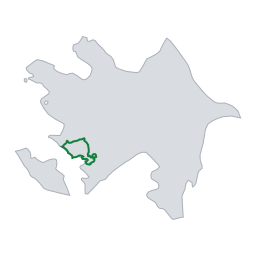 location of Lachin District, Laçın, Azerbaijan
{"feature_id": "54616110B46945931752574", "entity_name": "Lachin District", "entity_type": "district", "adm_level": 2, "iso_a3": "AZE", "parent_name": "Azerbaijan", "parent_adm1": "Laçın", "projection": "orthographic", "projection_center": [46.409, 39.71], "detail": "fine", "context": "in_parent", "style": "outline", "palette": "green", "viewbox_px": 256, "rotation_deg": 0, "n_neighbors": 0, "source": "geoboundaries", "source_scale": "gbopen_adm2", "svg_char_len": 5783}
<svg xmlns="http://www.w3.org/2000/svg" viewBox="0 0 256 256"><path d="M183.2,217.2L182.1,217.1L173.7,219.4L171.9,218.7L164.5,209.7L163.0,208.7L159.8,208.4L158.0,206.9L156.4,204.4L155.6,202.6L148.0,197.8L146.9,196.0L146.7,194.4L147.8,192.9L149.0,191.6L152.6,190.3L156.8,189.2L158.2,188.4L158.8,187.0L158.8,184.9L158.0,182.8L151.9,179.1L151.2,177.5L150.9,175.5L151.3,173.4L152.2,171.7L157.1,169.4L159.6,167.0L157.9,164.4L152.5,158.6L146.1,152.3L141.9,152.3L137.1,154.3L129.4,159.9L125.2,162.3L119.6,166.3L113.6,170.7L108.6,175.4L105.5,179.3L99.9,181.0L97.1,184.2L87.8,193.9L85.2,193.8L85.0,189.0L85.1,185.2L84.5,183.0L81.5,180.0L81.5,178.7L82.3,177.9L84.6,178.4L87.6,178.2L89.0,177.1L85.8,173.1L83.0,170.5L80.6,168.7L80.0,167.6L80.0,166.9L80.5,166.0L84.6,163.8L85.0,161.8L84.8,159.6L78.3,156.3L73.4,157.5L69.1,153.8L66.3,151.0L62.8,147.9L59.7,146.2L56.8,142.4L51.7,138.4L48.4,137.2L48.4,136.6L49.0,135.9L50.4,135.3L59.6,135.5L60.7,134.8L61.3,133.1L62.6,130.6L64.1,126.9L64.0,123.8L54.8,118.8L48.2,114.1L43.6,108.0L40.6,102.4L40.7,100.5L41.6,98.7L48.8,93.7L49.2,92.4L49.1,91.4L46.6,88.8L43.5,86.1L42.5,84.1L40.5,83.0L36.7,82.9L30.1,79.5L28.7,79.2L28.4,78.5L28.7,77.8L33.5,76.6L33.4,75.4L32.0,74.0L29.4,72.9L26.9,70.2L26.1,67.8L34.8,61.0L37.3,59.6L42.9,60.9L54.4,65.7L53.6,68.2L54.8,69.7L57.4,71.6L62.5,73.7L66.8,74.7L69.0,73.8L72.4,73.1L76.7,75.4L80.7,78.3L82.7,79.5L83.8,79.8L86.8,78.9L90.4,75.1L91.8,70.6L92.2,68.4L90.1,65.4L85.8,62.2L80.9,59.3L77.7,56.8L75.7,51.8L73.7,51.3L73.2,50.6L72.9,48.9L73.0,46.6L73.7,44.7L75.6,44.0L77.6,43.7L79.4,41.9L81.7,38.5L82.6,36.6L86.9,37.7L87.4,40.8L88.2,41.4L89.9,41.1L92.9,39.8L95.2,40.7L98.2,44.4L102.3,48.2L104.6,50.8L105.5,52.5L107.6,54.2L110.7,56.3L113.2,59.4L115.5,66.8L117.8,68.5L125.8,71.2L128.7,71.7L136.6,72.6L139.3,71.9L143.3,65.4L146.8,58.8L150.2,57.4L156.3,54.1L159.9,51.0L161.3,47.7L164.6,41.5L166.7,38.1L170.4,41.0L176.8,49.1L186.2,62.3L188.5,66.1L190.1,70.4L191.5,75.7L193.7,80.4L203.2,92.0L207.4,96.3L214.0,101.7L216.4,102.9L219.4,103.2L225.0,103.0L230.2,105.0L232.8,106.4L235.5,108.6L238.0,111.1L240.6,118.0L231.6,116.0L222.6,116.8L217.6,118.5L212.8,120.7L208.1,123.8L205.4,129.5L203.3,142.6L200.0,154.9L200.3,160.5L202.1,165.9L202.0,168.5L200.4,169.6L198.3,172.0L195.9,183.2L194.5,185.5L192.7,187.0L192.2,185.6L192.2,182.7L188.2,180.2L186.1,183.2L184.8,189.4L182.1,196.0L182.0,197.2L183.2,217.2ZM47.6,103.6L48.0,101.8L46.9,101.1L45.7,101.0L44.7,101.9L44.6,104.0L46.1,104.4L47.6,103.6ZM17.3,154.0L16.0,152.2L15.4,151.2L19.4,150.4L26.1,148.1L27.9,149.3L29.8,151.8L30.7,153.9L30.8,157.8L31.6,158.5L34.9,157.2L36.3,158.8L38.8,160.7L43.1,162.6L49.4,159.7L52.5,159.0L55.1,159.1L56.5,160.0L56.9,163.1L56.4,166.8L55.7,168.8L57.0,170.3L62.1,173.9L64.2,176.0L63.2,179.4L67.0,187.9L68.2,191.2L69.7,195.3L61.9,193.6L47.7,190.1L43.8,188.3L40.1,183.6L38.0,181.3L34.8,178.3L32.1,177.1L30.1,175.1L29.0,172.1L27.4,169.3L24.5,166.1L18.1,155.2L17.3,154.0ZM26.8,81.7L25.9,82.3L24.6,81.6L24.2,80.3L24.4,78.9L25.7,78.6L26.7,79.0L27.0,80.3L26.8,81.7Z" fill="#d9dde1" stroke="#a8b0b8" stroke-width="1"/><path d="M62.3,146.8L62.9,147.3L64.0,147.5L64.6,148.2L65.4,148.7L66.1,149.3L66.9,150.1L67.2,150.7L67.8,151.4L68.0,152.0L68.0,152.7L68.3,153.2L68.7,153.2L69.3,153.4L69.9,153.8L70.4,154.4L71.1,154.9L71.7,155.2L72.0,155.8L72.2,156.1L72.2,156.3L72.3,156.9L72.3,157.4L72.4,158.0L72.8,157.9L73.1,157.5L73.3,157.2L73.8,157.2L74.4,157.2L75.0,157.2L75.7,157.2L76.3,157.0L76.9,156.7L77.4,156.5L77.8,156.3L78.2,156.0L78.8,155.7L79.2,155.5L79.9,155.5L80.5,155.5L81.0,155.6L81.5,155.9L82.5,156.0L82.8,156.2L83.3,156.7L83.0,156.9L82.4,157.2L82.0,157.6L82.2,158.3L82.4,158.8L83.0,159.0L83.6,159.1L84.5,159.0L85.2,159.0L85.9,158.8L86.5,159.0L87.2,159.3L87.6,159.6L87.8,160.0L87.5,160.4L87.3,160.7L86.8,161.1L86.4,161.3L85.9,161.3L85.6,161.7L85.7,162.1L86.1,162.7L86.1,163.3L86.9,164.0L88.1,164.3L88.8,164.4L89.4,164.6L89.9,164.4L90.5,164.2L90.5,163.1L91.7,162.7L92.3,162.1L93.2,161.8L93.9,161.3L94.0,161.3L94.3,160.6L94.4,160.1L94.4,159.5L94.4,159.2L94.1,159.0L93.8,158.8L93.5,158.7L93.3,158.6L93.2,158.2L93.2,157.9L93.6,157.6L93.9,157.3L94.4,157.2L94.9,157.3L95.4,157.3L95.9,157.2L96.1,157.0L96.2,156.6L96.2,156.4L96.0,155.8L95.9,155.5L95.8,155.0L95.7,154.7L95.4,154.6L95.2,154.2L94.9,154.1L94.4,154.1L93.9,154.1L93.5,154.2L93.1,154.5L92.9,154.7L92.5,155.0L92.4,155.2L92.4,155.6L92.4,155.9L92.3,156.2L92.1,156.5L91.9,157.0L91.7,157.3L91.4,157.4L91.1,157.5L90.6,157.3L90.3,157.0L90.2,156.7L90.2,156.3L89.9,156.0L89.6,155.7L89.0,155.8L88.7,156.1L88.4,156.2L88.1,156.1L88.0,155.9L87.9,154.9L87.8,154.4L87.9,153.8L88.0,153.4L88.4,153.0L88.5,152.6L88.8,152.2L88.8,151.8L88.7,151.5L88.7,151.0L88.7,150.5L88.7,149.8L88.7,149.3L88.7,148.9L88.6,148.6L88.5,148.2L88.5,147.8L88.5,147.7L88.5,147.3L88.3,146.7L88.2,146.4L88.1,145.7L88.1,145.2L88.1,144.7L87.7,144.4L87.5,144.0L87.3,143.7L87.1,143.5L87.0,143.1L86.7,142.8L86.6,142.6L86.3,142.3L86.0,142.0L85.6,141.6L85.4,141.5L85.1,141.3L84.8,141.2L84.5,141.0L84.3,140.8L84.3,140.3L84.4,140.0L84.5,139.7L84.6,139.3L84.6,139.2L84.4,138.6L84.1,138.3L83.8,138.5L83.5,138.6L82.9,138.7L82.7,138.9L82.3,139.1L81.9,139.3L81.3,139.3L80.5,139.4L80.0,139.4L79.5,139.5L79.1,139.7L78.9,139.9L78.6,140.0L78.3,140.2L77.9,140.4L77.7,140.6L77.3,140.7L77.0,140.7L76.7,140.8L76.4,140.9L76.1,141.0L75.8,141.0L75.4,141.1L75.0,141.1L74.6,141.2L74.3,141.3L74.0,141.3L73.6,141.4L73.2,141.5L72.8,141.8L72.5,141.9L72.2,142.1L71.9,142.4L71.5,142.5L71.2,142.6L70.8,142.7L70.4,142.7L70.0,142.8L69.6,142.9L69.1,142.8L68.7,142.6L68.4,142.4L68.3,142.1L68.0,141.8L67.9,141.5L67.7,141.2L67.4,140.9L67.1,140.8L66.9,140.9L66.7,141.3L66.7,141.6L66.7,142.1L66.6,142.6L66.4,142.9L66.0,143.2L65.6,143.7L65.3,143.9L64.9,144.1L64.5,144.3L64.1,144.9L63.7,145.2L63.3,145.7L63.0,146.1L62.7,146.5L62.4,146.8L62.3,146.8Z" fill="none" stroke="#15803d" stroke-width="2"/></svg>